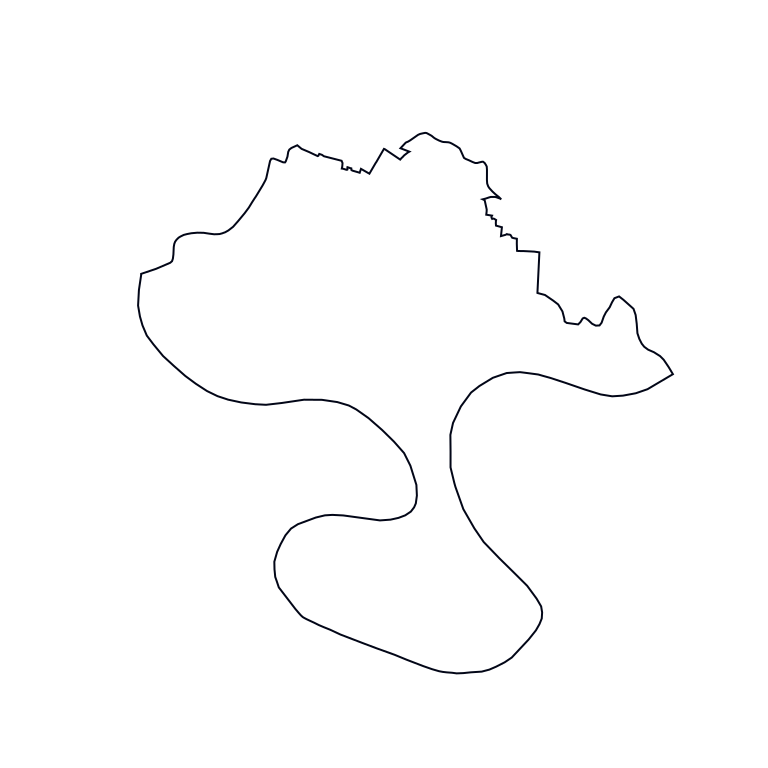 outline of Binh Thanh, Hồ Chí Minh city, Vietnam, rotated 111°
{"feature_id": "81297802B74412015974526", "entity_name": "Binh Thanh", "entity_type": "district", "adm_level": 2, "iso_a3": "VNM", "parent_name": "Vietnam", "parent_adm1": "Hồ Chí Minh city", "projection": "equal_earth", "projection_center": [106.708, 10.812], "detail": "fine", "context": "isolated", "style": "outline", "palette": "ink", "viewbox_px": 768, "rotation_deg": 111, "n_neighbors": 0, "source": "geoboundaries", "source_scale": "gbopen_adm2", "svg_char_len": 4510}
<svg xmlns="http://www.w3.org/2000/svg" viewBox="0 0 768 768"><g transform="rotate(111 384 384)"><path d="M630.5,376.8L630.6,376.6L630.7,376.3L631.0,374.5L631.3,372.0L631.6,368.0L631.9,363.6L632.4,358.5L632.6,353.0L632.7,346.3L633.5,334.9L633.5,310.9L633.4,296.3L633.0,277.1L633.3,264.1L633.3,246.2L633.0,236.8L632.4,229.7L631.7,225.9L630.7,222.0L629.2,217.0L628.1,212.4L625.4,206.2L622.1,199.7L617.5,189.7L612.9,183.3L607.7,178.0L600.7,171.7L600.3,171.4L593.6,166.7L570.7,157.4L559.6,153.9L552.5,152.8L547.6,152.7L546.3,152.7L545.4,153.0L540.6,154.5L535.3,157.6L529.7,164.6L521.1,178.0L514.1,193.8L505.4,213.8L495.8,234.3L486.4,247.9L472.4,265.1L454.5,280.4L451.3,282.8L438.0,292.0L423.1,297.7L407.7,303.8L395.6,305.6L377.4,304.2L360.9,299.7L360.5,299.5L354.2,295.7L351.8,294.3L350.1,293.0L339.2,284.6L329.8,273.4L326.9,267.2L324.2,261.3L323.1,256.9L322.1,252.8L319.9,243.6L319.8,242.9L319.5,239.2L318.7,230.9L317.9,215.0L317.2,194.8L316.1,178.0L314.4,169.8L313.7,166.5L309.2,156.7L302.4,145.6L294.4,136.1L286.3,129.7L271.3,117.8L266.2,124.3L261.1,131.6L259.0,136.3L258.2,140.4L257.6,143.3L257.3,149.7L256.0,154.4L254.0,157.8L250.4,161.8L245.8,165.6L237.3,169.6L229.4,173.8L224.4,178.0L219.6,190.7L218.0,195.9L221.3,199.6L226.0,200.4L231.5,200.8L237.6,202.5L242.3,203.0L248.8,202.8L252.1,203.8L253.6,207.2L253.2,211.3L251.2,216.1L250.4,219.1L250.4,220.8L251.6,222.0L255.8,222.8L258.8,224.1L261.5,235.3L260.8,237.8L258.2,239.2L252.3,243.4L247.3,249.9L245.5,256.0L243.2,265.6L244.0,273.0L244.0,273.4L205.4,286.1L206.6,291.3L210.0,301.7L211.7,306.2L212.0,307.5L205.4,310.3L200.8,312.0L201.4,315.5L201.5,316.8L200.3,318.3L199.6,319.2L199.5,320.1L200.1,322.3L200.1,322.6L200.0,323.0L201.1,323.9L202.0,325.1L204.0,327.8L195.4,330.1L196.0,336.2L193.9,337.2L191.8,337.9L190.7,338.1L190.3,340.4L190.4,341.2L190.7,341.8L191.1,342.2L190.3,343.1L189.7,343.5L189.0,343.6L188.1,343.5L189.3,349.2L186.2,350.0L184.4,350.6L183.0,351.5L176.9,355.5L176.4,356.0L176.3,356.5L176.2,358.0L174.5,355.6L172.1,352.7L171.0,351.2L169.6,347.4L169.4,346.1L169.3,342.1L169.6,340.7L168.3,343.7L167.0,347.8L165.5,351.6L163.4,355.8L162.2,357.5L159.9,359.5L156.7,361.0L153.0,362.4L147.2,364.6L144.2,366.0L143.1,367.2L141.6,369.2L141.0,371.2L141.3,372.0L143.1,374.6L144.3,376.2L145.0,378.0L145.0,380.8L144.7,384.8L144.6,388.4L144.2,390.4L138.8,395.8L137.0,397.8L136.1,401.4L135.3,406.3L135.1,408.2L135.1,409.3L135.3,410.6L136.2,413.5L136.8,415.3L137.0,416.8L137.0,419.7L136.7,422.9L136.5,424.3L136.2,425.6L135.3,428.3L135.1,429.3L134.5,433.6L134.5,434.4L134.8,435.6L136.0,437.5L137.6,439.9L139.2,441.5L147.2,446.9L149.1,448.4L150.5,449.9L151.1,450.3L158.0,453.1L158.0,446.9L158.0,443.6L159.2,444.6L163.3,447.1L165.6,448.0L166.7,448.6L168.7,449.3L164.5,467.4L164.5,468.3L179.5,470.7L180.7,471.0L192.9,473.0L191.4,482.6L195.5,482.4L195.6,484.0L196.1,489.8L196.0,490.7L195.9,491.1L194.4,491.8L194.6,493.0L194.6,494.6L194.7,495.8L195.2,495.7L196.2,495.3L196.9,495.0L197.3,495.3L197.5,496.0L197.6,498.1L197.7,499.4L198.0,500.6L195.6,501.0L192.6,501.9L190.8,503.6L192.9,521.7L192.3,524.0L192.4,526.9L194.5,527.1L195.0,527.6L194.7,532.0L194.3,536.9L194.0,545.2L192.2,550.5L196.8,555.0L199.1,556.4L201.6,556.6L206.4,555.6L211.4,555.5L212.6,555.8L213.2,557.6L213.0,563.9L213.1,568.0L214.1,569.9L216.6,570.3L223.9,569.2L233.9,567.7L235.3,567.7L235.9,567.7L237.7,567.9L242.2,568.5L252.7,570.4L255.3,570.9L256.9,571.3L261.7,572.3L267.7,573.4L274.5,575.3L284.0,578.5L291.3,581.2L296.4,584.3L299.3,586.7L299.4,586.8L300.4,588.0L301.3,589.0L302.9,591.2L304.0,593.6L305.1,596.3L306.3,601.2L307.5,606.6L309.6,612.4L312.3,617.9L314.6,621.6L316.6,624.4L319.3,626.9L321.0,628.2L323.7,629.4L326.0,630.0L328.3,630.0L331.4,629.4L338.6,627.0L342.7,626.0L345.3,625.9L347.4,627.0L358.2,638.1L368.2,650.2L369.6,649.7L384.0,646.5L398.9,641.7L408.5,636.0L411.0,634.1L415.8,630.5L423.8,622.8L429.6,613.5L437.1,600.2L442.4,586.7L447.7,572.4L451.2,559.8L454.0,546.7L455.0,535.1L454.5,524.7L454.5,524.1L453.2,515.8L452.4,510.7L449.0,496.9L445.7,486.7L438.4,472.7L427.3,453.0L421.0,436.2L417.6,421.1L416.7,409.4L416.7,409.0L417.7,400.8L421.4,386.2L427.6,369.3L434.2,354.1L441.3,340.5L450.8,330.1L466.6,317.6L476.4,313.3L484.1,311.5L488.4,311.7L493.5,313.2L499.0,317.1L503.8,322.5L508.3,329.3L512.8,338.9L521.3,374.9L524.7,385.3L527.8,392.1L533.1,399.8L545.7,414.1L552.3,419.0L560.6,421.8L570.5,423.1L579.0,423.6L589.2,422.7L596.3,419.8L603.1,416.4L606.5,413.5L611.6,409.3L625.8,386.1L628.1,381.9L629.8,378.6L630.5,376.8Z" fill="none" stroke="#020617" stroke-width="2"/></g></svg>